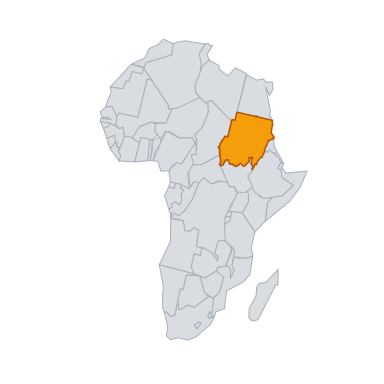 Sudan on a map of Africa (Equal Earth projection), rotated 13°
{"feature_id": "SDN", "entity_name": "Sudan", "entity_type": "country or territory", "adm_level": 0, "iso_a3": "SDN", "parent_name": "Africa", "parent_adm1": "", "projection": "equal_earth", "projection_center": [30.131, 15.434], "detail": "fine", "context": "in_parent", "style": "filled", "palette": "amber", "viewbox_px": 384, "rotation_deg": 13, "n_neighbors": 49, "source": "natural_earth", "source_scale": "50m", "svg_char_len": 14413}
<svg xmlns="http://www.w3.org/2000/svg" viewBox="0 0 384 384"><g transform="rotate(13 192 192)"><path d="M245.6,200.9L262.3,216.8L262.2,233.0L265.7,240.8L263.1,243.3L247.5,245.9L245.0,237.0L235.5,232.4L232.0,224.7L231.1,216.1L235.6,211.2L234.5,201.7L245.6,200.9Z" fill="#d9dde1" stroke="#a8b0b8" stroke-width="1"/><path d="M117.2,82.2L116.5,88.3L106.6,88.1L105.5,98.5L102.6,98.8L101.6,106.9L88.7,108.2L104.1,81.1L117.2,82.2Z" fill="#d9dde1" stroke="#a8b0b8" stroke-width="1"/><path d="M231.1,216.1L235.5,232.4L229.2,233.2L228.1,247.1L232.0,248.7L232.3,253.2L224.3,246.3L208.5,244.1L207.1,228.0L201.9,226.5L198.5,230.9L193.7,231.3L189.9,221.9L176.8,221.6L181.3,216.1L184.4,218.1L188.9,212.0L194.0,198.7L196.9,178.9L199.9,175.4L209.1,179.7L219.4,174.4L224.9,174.5L228.2,178.6L232.3,177.2L236.9,187.4L232.8,194.3L231.1,216.1Z" fill="#d9dde1" stroke="#a8b0b8" stroke-width="1"/><path d="M269.9,204.1L268.0,185.0L271.6,178.8L280.6,175.5L289.3,162.7L276.3,157.7L272.7,151.8L274.5,148.1L279.2,152.4L299.4,145.7L296.5,162.4L289.4,178.8L269.9,204.1Z" fill="#d9dde1" stroke="#a8b0b8" stroke-width="1"/><path d="M262.3,216.8L245.6,200.9L249.2,188.7L245.9,178.7L250.0,173.4L258.9,181.5L270.7,180.1L268.0,185.0L269.9,204.1L262.3,216.8Z" fill="#d9dde1" stroke="#a8b0b8" stroke-width="1"/><path d="M214.2,114.1L214.2,130.6L211.5,130.3L207.9,143.3L210.8,149.4L195.2,163.2L186.7,165.2L182.7,156.2L187.5,154.3L185.0,140.2L181.8,135.8L187.4,126.4L189.9,110.7L187.0,100.6L190.2,98.3L214.2,114.1Z" fill="#d9dde1" stroke="#a8b0b8" stroke-width="1"/><path d="M192.5,316.2L193.8,314.3L198.9,318.1L203.0,315.8L202.6,300.9L205.8,309.3L208.0,308.8L213.0,303.0L220.1,303.8L231.5,290.0L236.9,290.7L239.1,299.3L238.8,305.3L236.4,304.8L235.3,308.9L237.1,311.1L241.7,308.9L239.8,316.9L228.0,332.8L221.0,337.3L211.6,337.0L204.5,340.6L199.4,338.1L198.6,328.4L192.5,316.2ZM230.2,317.8L227.5,317.3L224.3,321.4L227.6,324.1L230.2,317.8Z" fill="#d9dde1" stroke="#a8b0b8" stroke-width="1"/><path d="M230.2,317.8L227.6,324.1L224.3,321.4L227.5,317.3L230.2,317.8Z" fill="#d9dde1" stroke="#a8b0b8" stroke-width="1"/><path d="M236.9,290.7L227.1,287.5L218.5,272.0L224.1,272.8L234.1,262.7L242.1,267.7L241.4,282.6L236.9,290.7Z" fill="#d9dde1" stroke="#a8b0b8" stroke-width="1"/><path d="M231.5,290.0L220.1,303.8L213.0,303.0L208.0,308.8L205.8,309.3L202.6,300.9L202.3,289.0L205.3,288.9L205.1,274.1L218.5,272.0L227.1,287.5L231.5,290.0Z" fill="#d9dde1" stroke="#a8b0b8" stroke-width="1"/><path d="M202.3,289.0L203.0,315.8L198.9,318.1L193.8,314.3L192.5,316.2L188.8,310.3L185.1,290.1L176.5,270.2L217.9,271.3L205.1,274.1L205.3,288.9L202.3,289.0Z" fill="#d9dde1" stroke="#a8b0b8" stroke-width="1"/><path d="M87.1,139.1L84.6,134.3L89.8,127.1L94.7,126.5L101.6,134.8L103.0,143.9L86.8,144.2L86.5,140.9L96.0,139.4L87.1,139.1Z" fill="#d9dde1" stroke="#a8b0b8" stroke-width="1"/><path d="M103.0,143.9L101.6,134.8L103.3,131.5L122.5,131.1L122.8,92.0L127.5,92.0L150.4,113.6L150.3,116.2L153.8,115.8L151.1,130.8L136.3,133.3L126.8,139.6L121.8,152.7L113.5,153.4L110.5,144.5L107.1,146.5L103.0,143.9Z" fill="#d9dde1" stroke="#a8b0b8" stroke-width="1"/><path d="M88.7,108.2L101.6,106.9L102.6,98.8L105.5,98.5L106.6,88.1L116.5,88.3L117.2,82.2L127.5,92.0L122.8,92.0L122.5,131.1L103.3,131.5L101.6,134.8L94.7,126.5L88.6,128.4L90.7,112.0L88.7,108.2Z" fill="#d9dde1" stroke="#a8b0b8" stroke-width="1"/><path d="M146.8,170.2L144.2,170.6L143.9,158.0L141.3,152.3L148.0,144.8L150.8,151.1L147.2,160.6L146.8,170.2Z" fill="#d9dde1" stroke="#a8b0b8" stroke-width="1"/><path d="M187.0,100.6L189.9,110.7L187.4,126.4L181.8,135.8L185.0,140.2L183.6,143.8L180.3,139.1L167.5,142.3L156.4,137.9L152.2,139.3L150.3,147.2L142.4,142.2L140.8,133.5L151.1,130.8L153.8,115.8L178.4,98.1L184.8,102.1L187.0,100.6Z" fill="#d9dde1" stroke="#a8b0b8" stroke-width="1"/><path d="M146.8,170.2L153.0,138.4L167.5,142.3L180.3,139.1L184.8,145.4L175.5,167.1L167.5,169.4L165.1,176.5L156.9,178.7L152.0,170.1L146.8,170.2Z" fill="#d9dde1" stroke="#a8b0b8" stroke-width="1"/><path d="M184.6,142.2L187.5,154.3L182.7,156.2L187.2,164.0L184.1,176.7L188.6,189.5L168.7,187.1L165.1,177.7L166.0,173.5L170.4,166.8L175.5,167.1L184.6,142.2Z" fill="#d9dde1" stroke="#a8b0b8" stroke-width="1"/><path d="M141.7,150.0L144.2,170.6L141.7,171.6L138.7,151.3L141.7,150.0Z" fill="#d9dde1" stroke="#a8b0b8" stroke-width="1"/><path d="M139.0,149.9L141.7,171.6L129.2,175.5L129.7,150.2L139.0,149.9Z" fill="#d9dde1" stroke="#a8b0b8" stroke-width="1"/><path d="M113.5,153.4L119.3,152.0L129.8,155.8L129.2,175.5L113.8,178.2L114.3,172.5L111.2,169.3L113.5,153.4Z" fill="#d9dde1" stroke="#a8b0b8" stroke-width="1"/><path d="M96.2,143.3L107.1,146.5L110.5,144.5L113.5,153.4L112.3,164.1L109.4,165.7L107.8,160.4L105.4,161.3L103.8,154.1L96.9,158.9L91.4,149.9L96.2,143.3Z" fill="#d9dde1" stroke="#a8b0b8" stroke-width="1"/><path d="M86.8,144.2L96.2,143.3L95.9,146.6L91.4,149.9L86.8,144.2Z" fill="#d9dde1" stroke="#a8b0b8" stroke-width="1"/><path d="M111.8,164.1L111.2,169.3L114.3,172.5L113.8,178.2L102.2,167.9L106.3,161.0L109.4,165.7L111.8,164.1Z" fill="#d9dde1" stroke="#a8b0b8" stroke-width="1"/><path d="M96.9,158.9L103.8,154.1L106.3,161.0L102.2,167.9L96.9,158.9Z" fill="#d9dde1" stroke="#a8b0b8" stroke-width="1"/><path d="M121.8,152.7L125.9,140.6L136.3,133.3L140.8,133.5L142.4,142.2L146.0,143.2L141.7,150.0L129.7,150.2L129.8,155.8L121.8,152.7Z" fill="#d9dde1" stroke="#a8b0b8" stroke-width="1"/><path d="M224.9,174.5L215.5,175.1L209.1,179.7L199.9,175.4L196.6,181.9L192.4,180.9L188.9,187.2L184.0,173.6L186.7,165.2L195.2,163.2L210.8,149.4L212.6,158.7L224.9,174.5Z" fill="#d9dde1" stroke="#a8b0b8" stroke-width="1"/><path d="M196.6,181.9L194.0,198.7L188.9,212.0L184.4,218.1L178.2,215.8L176.0,218.4L173.3,213.9L175.7,211.5L174.5,208.7L178.0,205.2L182.5,207.4L183.8,202.6L182.0,196.7L183.3,191.7L180.2,191.2L179.5,187.2L188.6,189.5L192.4,180.9L196.6,181.9Z" fill="#d9dde1" stroke="#a8b0b8" stroke-width="1"/><path d="M173.8,187.2L179.2,186.9L180.2,191.2L183.3,191.7L182.0,196.7L183.8,202.6L182.5,207.4L178.0,205.2L174.5,208.7L175.7,211.5L173.3,213.9L166.0,201.6L168.2,192.5L173.9,192.3L173.8,187.2Z" fill="#d9dde1" stroke="#a8b0b8" stroke-width="1"/><path d="M168.7,187.1L173.8,187.2L173.9,192.3L168.2,192.5L168.7,187.1Z" fill="#d9dde1" stroke="#a8b0b8" stroke-width="1"/><path d="M235.5,232.4L243.4,238.1L241.6,255.2L243.2,256.2L233.8,259.7L234.1,262.7L224.1,272.8L212.2,271.1L208.0,265.1L207.9,251.7L214.5,251.8L214.1,243.4L224.3,246.3L232.3,253.2L232.0,248.7L228.1,247.1L228.3,235.9L230.1,232.7L235.5,232.4Z" fill="#d9dde1" stroke="#a8b0b8" stroke-width="1"/><path d="M241.9,236.2L246.7,240.1L247.5,254.6L251.0,258.9L248.8,268.1L247.1,258.9L241.6,255.2L244.2,241.7L241.9,236.2Z" fill="#d9dde1" stroke="#a8b0b8" stroke-width="1"/><path d="M247.5,245.9L256.7,246.1L265.7,240.8L266.8,259.3L262.6,267.8L248.0,280.5L249.8,298.3L242.3,303.3L241.7,308.9L239.4,308.9L236.9,290.7L241.4,282.6L242.1,267.7L234.3,264.2L233.8,259.7L243.2,256.2L247.1,258.9L248.8,268.1L251.0,258.9L247.5,254.6L247.5,245.9Z" fill="#d9dde1" stroke="#a8b0b8" stroke-width="1"/><path d="M239.4,308.9L237.1,311.1L235.3,308.9L236.4,304.8L239.4,308.9Z" fill="#d9dde1" stroke="#a8b0b8" stroke-width="1"/><path d="M176.0,218.4L178.2,218.2L176.8,221.6L176.0,218.4ZM177.3,222.9L189.9,221.9L193.7,231.3L198.5,230.9L201.9,226.5L207.1,228.0L208.5,244.1L214.4,244.7L214.5,251.8L207.9,251.7L208.0,265.1L212.2,271.1L176.5,270.2L182.1,245.0L177.3,222.9Z" fill="#d9dde1" stroke="#a8b0b8" stroke-width="1"/><path d="M234.7,207.2L235.6,211.2L231.1,216.1L230.1,209.0L234.7,207.2Z" fill="#d9dde1" stroke="#a8b0b8" stroke-width="1"/><path d="M293.4,248.1L296.7,263.5L294.5,263.5L285.0,301.6L279.8,304.3L275.7,301.8L273.9,292.8L277.8,279.1L276.5,270.6L278.1,265.7L284.0,263.8L293.4,248.1Z" fill="#d9dde1" stroke="#a8b0b8" stroke-width="1"/><path d="M86.5,140.9L92.2,137.9L96.0,139.4L86.5,140.9Z" fill="#d9dde1" stroke="#a8b0b8" stroke-width="1"/><path d="M172.5,70.6L167.9,55.8L171.5,44.9L174.7,43.4L176.4,45.8L179.0,44.4L175.6,54.9L179.1,59.5L172.5,70.6Z" fill="#d9dde1" stroke="#a8b0b8" stroke-width="1"/><path d="M117.2,82.2L117.9,76.4L141.4,62.9L140.2,51.7L143.3,49.6L151.4,46.2L171.5,44.9L167.9,55.8L171.7,63.6L173.2,74.1L170.9,87.4L173.4,94.4L178.4,98.1L158.2,114.0L150.3,116.2L150.4,113.6L117.2,82.2Z" fill="#d9dde1" stroke="#a8b0b8" stroke-width="1"/><path d="M253.3,135.6L254.5,125.0L259.2,120.6L262.0,129.3L274.2,142.8L271.9,143.5L264.5,135.2L253.3,135.6Z" fill="#d9dde1" stroke="#a8b0b8" stroke-width="1"/><path d="M104.1,81.1L115.8,72.1L118.1,61.8L125.9,55.8L129.7,49.4L140.2,51.7L141.4,62.9L117.9,76.4L117.4,81.1L104.1,81.1Z" fill="#d9dde1" stroke="#a8b0b8" stroke-width="1"/><path d="M254.2,104.1L217.9,104.1L219.0,65.6L230.0,68.4L236.1,65.7L239.0,68.1L245.8,67.0L247.9,73.8L245.7,80.5L240.1,72.8L250.5,96.2L250.1,99.6L254.2,104.1Z" fill="#d9dde1" stroke="#a8b0b8" stroke-width="1"/><path d="M218.3,64.4L217.8,112.3L214.2,114.1L190.2,98.3L184.8,102.1L173.4,94.4L170.9,87.4L174.1,66.4L179.1,59.5L189.9,62.9L191.1,66.4L200.9,70.8L206.4,61.2L218.3,64.4Z" fill="#d9dde1" stroke="#a8b0b8" stroke-width="1"/><path d="M289.3,162.7L280.6,175.5L263.5,182.2L252.7,177.9L242.5,163.7L253.3,135.6L256.9,136.5L257.9,133.3L269.5,139.7L271.9,143.5L270.1,149.8L273.4,150.3L276.3,157.7L289.3,162.7Z" fill="#d9dde1" stroke="#a8b0b8" stroke-width="1"/><path d="M271.9,143.5L275.0,144.1L273.4,150.3L270.1,149.8L271.9,143.5Z" fill="#d9dde1" stroke="#a8b0b8" stroke-width="1"/><path d="M245.6,200.9L231.9,202.6L237.1,180.7L245.9,178.7L247.4,181.7L249.2,188.7L245.6,200.9Z" fill="#d9dde1" stroke="#a8b0b8" stroke-width="1"/><path d="M234.5,201.7L235.6,206.6L230.1,209.0L231.0,203.8L234.5,201.7Z" fill="#d9dde1" stroke="#a8b0b8" stroke-width="1"/><path d="M235.8,181.9L232.3,177.2L226.8,178.0L213.9,160.1L220.0,152.5L223.0,156.5L229.9,156.8L233.2,153.0L237.5,155.1L240.7,149.7L239.7,145.9L243.3,145.0L245.7,159.8L242.5,163.7L250.0,173.4L243.9,180.7L235.8,181.9Z" fill="#d9dde1" stroke="#a8b0b8" stroke-width="1"/><path d="M246.0,156.5L245.5,156.5L245.4,156.5L245.4,156.3L245.4,156.2L245.4,155.8L245.5,155.5L245.7,154.9L245.7,154.7L245.7,154.2L245.5,153.5L245.4,153.4L244.1,151.9L243.8,151.5L243.1,151.1L243.1,150.8L243.2,150.7L242.8,147.5L242.9,147.4L243.0,147.3L243.0,147.1L243.0,146.5L243.0,146.0L243.2,145.2L243.2,144.9L241.7,144.9L241.7,145.0L241.7,145.4L241.8,145.5L241.8,145.8L239.7,145.8L240.5,147.0L240.6,147.6L240.5,148.3L240.5,148.7L240.6,149.0L240.8,149.5L240.8,149.8L239.3,151.4L239.2,151.5L239.0,152.2L238.8,152.6L238.7,152.7L238.4,153.3L237.1,155.1L236.8,155.2L236.2,155.3L235.8,155.3L235.7,155.3L234.7,154.3L233.2,153.1L232.2,153.7L232.1,153.9L232.0,154.0L232.0,154.6L231.8,154.9L231.5,155.2L230.8,155.5L230.4,155.6L230.0,155.9L230.0,156.0L229.8,156.2L229.5,156.5L229.5,156.8L229.6,157.1L227.1,157.1L226.9,156.9L226.5,156.0L226.5,155.9L226.3,156.0L224.0,155.9L223.7,156.0L223.0,156.4L222.7,156.4L222.3,156.3L221.1,154.4L220.9,154.2L220.6,153.7L220.4,153.5L220.3,153.4L220.2,153.2L220.3,152.8L220.2,152.5L218.4,152.9L218.1,152.9L217.8,152.9L217.7,153.0L217.5,153.3L217.5,153.5L217.5,153.8L217.5,154.0L217.3,154.3L216.9,154.9L216.8,155.2L216.8,155.9L216.8,156.3L216.7,156.4L216.5,156.7L216.4,156.8L216.4,157.1L216.4,157.5L216.1,158.3L216.0,158.5L216.0,158.9L216.0,159.0L215.2,159.3L215.0,159.5L214.8,159.8L214.7,159.9L214.4,159.8L214.0,159.7L213.3,159.6L213.0,159.5L212.8,159.3L212.9,158.7L212.7,158.5L212.6,158.3L212.6,158.0L213.0,157.4L213.1,157.1L213.2,155.9L213.2,155.5L213.2,155.0L212.9,154.1L212.6,153.5L212.2,152.6L212.0,152.3L211.1,151.1L211.0,150.9L210.8,150.4L210.9,149.9L211.0,149.2L211.0,148.9L211.0,148.6L210.7,148.3L210.4,148.2L210.1,147.8L209.9,147.6L209.8,147.2L209.9,145.8L209.9,145.7L209.6,145.6L209.6,145.2L209.5,144.5L209.3,143.8L209.4,143.5L209.2,143.0L208.9,142.8L208.5,142.9L208.1,143.0L207.9,142.9L207.7,142.8L207.6,142.7L207.6,142.1L207.9,141.6L208.1,141.1L208.6,140.7L208.8,140.4L208.9,140.2L208.9,139.9L208.9,139.6L208.8,139.3L208.7,138.9L208.5,138.5L208.5,138.2L208.7,137.7L209.0,137.5L209.1,137.4L209.3,137.2L209.8,136.8L209.9,136.7L209.8,136.4L209.6,136.2L209.6,135.9L209.5,135.5L209.5,135.2L209.4,135.1L209.5,134.9L209.7,134.7L209.9,134.6L210.2,134.5L210.3,134.3L210.4,134.1L210.4,133.8L210.5,133.6L210.6,133.2L210.8,133.0L211.0,132.8L211.2,132.5L211.3,132.2L211.3,131.9L211.2,130.9L211.4,130.5L211.7,130.2L212.2,130.2L212.8,130.2L213.3,130.0L213.6,130.0L214.3,130.2L214.5,129.9L214.5,129.3L214.5,127.4L214.5,125.5L214.5,123.7L214.6,121.8L214.6,120.0L214.6,118.1L214.6,116.3L214.6,114.4L214.6,113.9L214.7,113.4L214.7,112.9L214.7,112.4L215.4,112.4L216.2,112.4L216.9,112.4L217.7,112.4L217.8,110.3L217.8,108.2L217.8,106.2L217.8,104.1L219.0,104.1L220.2,104.1L221.4,104.1L222.5,104.1L223.7,104.1L224.9,104.1L226.0,104.1L227.2,104.1L228.4,104.1L229.5,104.1L230.7,104.1L231.9,104.1L233.0,104.1L234.2,104.1L235.4,104.1L236.6,104.1L236.9,104.1L237.1,104.1L237.4,103.3L237.5,103.3L237.8,103.5L237.7,103.7L237.6,104.1L238.2,104.1L239.2,104.1L240.2,104.1L241.2,104.1L242.2,104.1L243.2,104.1L244.2,104.1L245.2,104.1L246.2,104.1L247.2,104.1L248.2,104.1L249.2,104.1L250.2,104.1L251.2,104.1L252.2,104.1L253.2,104.1L254.2,104.1L254.3,105.0L254.4,105.8L254.9,106.9L255.3,107.4L255.5,107.8L255.5,108.0L255.4,107.9L255.2,107.8L255.1,108.3L255.2,108.6L255.2,109.3L255.4,110.0L255.3,110.7L255.3,111.8L255.6,113.2L255.6,114.1L255.9,116.1L256.3,117.2L256.5,117.5L257.1,117.7L257.7,118.3L258.2,118.9L258.4,119.2L258.6,119.6L258.8,119.4L259.0,119.7L259.7,120.3L259.9,120.6L259.6,120.9L259.3,121.4L259.2,121.6L259.2,121.8L258.9,122.1L258.8,122.4L258.7,122.4L258.6,122.5L258.3,122.6L258.1,122.6L257.9,122.6L257.6,122.8L257.4,122.9L257.2,123.0L257.0,123.3L256.7,123.4L256.5,123.6L256.3,124.3L256.2,124.5L255.7,124.6L255.1,124.5L254.9,124.7L254.9,125.4L254.9,125.6L254.8,126.0L254.6,126.4L254.7,127.1L254.7,127.7L254.4,128.8L254.4,129.0L254.1,129.8L254.0,130.1L253.7,131.6L253.5,132.1L253.2,132.6L253.3,133.4L253.4,134.3L253.5,135.1L253.6,136.3L253.3,137.4L253.4,138.0L253.2,138.9L253.1,139.4L252.9,139.6L252.8,139.9L252.6,140.4L252.5,141.2L252.4,142.0L252.4,142.4L252.4,142.6L252.0,142.8L251.4,142.9L251.2,143.0L250.7,143.5L250.3,144.5L250.1,145.1L249.7,146.0L249.2,146.6L249.2,146.9L249.1,147.4L248.9,148.2L248.8,148.9L248.8,149.3L248.7,150.2L248.7,150.6L248.5,150.8L248.3,151.0L248.2,151.1L247.9,150.8L247.7,150.6L247.4,150.7L247.1,150.9L246.9,151.5L246.6,152.0L246.8,153.2L246.8,153.4L246.7,153.7L246.4,154.6L246.3,154.9L246.2,155.4L246.0,156.3L246.0,156.5Z" fill="#f59e0b" stroke="#b45309" stroke-width="1.5"/></g></svg>